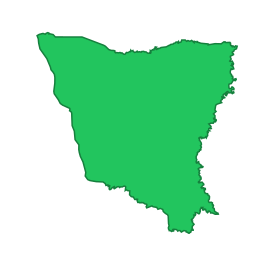 Phu Pha Man, Khon Kaen, Thailand, rotated 277°
{"feature_id": "78962969B79810553491951", "entity_name": "Phu Pha Man", "entity_type": "district", "adm_level": 2, "iso_a3": "THA", "parent_name": "Thailand", "parent_adm1": "Khon Kaen", "projection": "albers", "projection_center": [101.845, 16.731], "detail": "fine", "context": "isolated", "style": "filled", "palette": "green", "viewbox_px": 256, "rotation_deg": 277, "n_neighbors": 0, "source": "geoboundaries", "source_scale": "gbopen_adm2", "svg_char_len": 5923}
<svg xmlns="http://www.w3.org/2000/svg" viewBox="0 0 256 256"><g transform="rotate(277 128 128)"><path d="M208.6,26.5L205.5,28.1L201.4,29.0L195.8,31.0L187.0,39.0L179.1,43.5L176.4,44.5L174.4,46.7L172.3,48.4L169.1,49.3L163.7,49.9L155.4,49.9L153.0,50.6L147.6,55.4L144.1,57.8L142.7,60.4L140.4,67.7L139.7,68.1L138.0,67.9L137.2,69.5L136.0,70.3L123.5,72.3L118.4,75.1L110.0,76.9L105.3,81.3L100.6,81.8L97.6,82.7L94.0,84.2L88.8,87.5L78.8,91.5L75.1,91.4L71.9,94.3L71.2,96.6L70.9,102.9L71.4,109.8L70.1,112.2L68.3,113.1L69.0,114.9L68.7,115.9L67.9,115.3L67.5,115.5L68.1,116.9L65.2,116.7L64.6,117.3L64.9,118.3L66.7,119.5L68.2,121.5L67.8,121.8L66.2,121.5L66.1,121.9L68.4,124.6L68.7,126.0L67.9,127.0L68.7,127.7L68.8,129.5L69.9,131.2L69.8,132.2L69.3,132.9L65.7,132.9L66.5,133.7L65.8,135.1L65.8,137.4L61.9,137.7L60.3,139.6L60.1,141.8L57.9,143.4L58.1,144.9L58.5,145.4L58.4,146.2L57.1,145.9L55.3,146.8L55.5,148.2L55.1,149.0L55.7,150.3L55.4,150.9L55.8,152.0L54.8,153.9L54.6,155.8L53.7,156.2L52.1,155.6L51.0,156.3L53.6,161.3L52.9,162.4L52.7,166.2L51.0,167.6L52.1,169.9L51.4,172.4L49.4,173.2L47.8,175.5L46.8,177.7L45.7,178.6L38.0,179.9L36.0,180.7L34.1,180.2L32.7,180.5L31.7,181.4L31.2,181.4L31.2,182.8L30.6,183.8L30.9,184.4L32.1,184.7L31.3,185.4L31.3,185.8L32.2,185.9L32.9,185.4L33.1,185.8L33.1,188.6L31.7,190.0L32.4,190.7L32.5,192.2L31.2,193.6L33.0,196.0L32.8,198.2L31.9,198.4L31.7,199.9L31.0,200.7L31.1,201.6L31.6,201.7L32.1,202.9L34.4,203.4L34.5,205.1L35.3,204.9L35.8,203.9L38.2,203.8L40.5,205.3L42.3,203.3L42.9,203.0L43.5,203.4L43.9,202.5L44.8,202.1L45.2,202.3L45.2,202.9L47.4,204.2L48.5,204.4L49.6,203.9L49.7,204.7L49.4,205.3L50.2,205.7L52.3,205.0L52.3,207.1L51.5,208.4L51.7,209.3L54.0,209.9L54.7,209.4L55.2,209.8L56.2,209.5L57.1,210.4L58.0,210.3L58.2,211.7L57.4,211.1L57.6,211.7L57.2,212.1L55.9,212.0L55.6,212.5L56.8,213.8L56.3,214.2L56.7,214.9L54.3,216.1L54.3,216.5L54.8,216.4L53.6,217.2L54.0,217.7L55.1,217.8L55.5,218.5L54.9,219.7L53.7,220.4L54.0,222.0L53.0,225.1L53.5,228.1L54.5,227.6L54.6,227.0L54.0,226.3L55.1,225.9L55.7,224.2L58.6,223.3L59.3,221.9L61.5,222.3L62.1,221.9L62.0,221.1L64.0,220.9L64.5,219.7L64.0,217.7L64.8,216.9L66.2,216.7L67.3,217.4L69.8,217.3L71.0,216.4L71.2,215.5L72.5,215.0L72.4,213.6L73.1,212.1L75.2,211.3L76.0,211.6L76.2,212.3L77.4,212.1L77.5,211.4L77.0,210.7L77.8,210.4L77.9,209.8L77.1,208.7L77.8,207.8L80.3,209.3L80.8,210.1L81.5,210.1L83.3,208.1L82.2,205.1L82.6,204.5L83.5,204.6L83.8,205.6L85.7,206.0L86.2,206.8L88.1,206.4L88.1,205.6L89.3,205.3L90.1,204.1L90.8,204.1L91.8,204.7L92.6,203.8L94.7,204.4L95.2,203.0L96.2,202.7L97.2,203.9L97.9,206.6L98.6,207.2L99.1,206.7L98.4,205.2L100.0,205.2L101.3,202.8L103.2,202.2L102.7,201.3L101.5,200.7L101.6,200.2L102.9,199.7L104.9,200.2L106.1,199.4L108.0,199.1L110.6,200.1L111.9,199.8L112.2,200.4L113.0,200.5L113.4,201.6L115.0,201.7L114.9,202.7L115.2,203.0L116.7,202.7L118.0,203.2L119.3,202.1L120.3,202.9L121.9,202.6L124.0,201.1L124.4,200.4L125.9,200.5L126.1,199.7L126.9,199.7L127.4,200.2L127.3,201.1L127.9,201.5L126.5,202.6L127.6,203.4L127.2,204.2L127.7,205.5L128.8,206.3L127.8,207.0L129.3,207.4L130.1,208.0L132.3,207.6L133.4,208.2L133.8,207.8L133.0,207.5L133.8,207.1L134.8,207.6L135.2,209.4L135.9,208.4L137.2,208.2L138.0,209.2L137.3,210.0L137.6,210.7L138.4,210.1L139.7,210.2L141.9,207.7L142.9,209.7L143.2,212.1L144.7,212.7L144.8,214.1L146.4,214.7L147.1,214.4L147.1,213.4L146.5,213.2L146.8,212.5L148.1,211.8L148.3,212.3L147.7,213.2L150.9,212.8L152.4,211.1L155.2,213.4L156.1,212.3L156.9,212.1L161.3,212.3L162.6,213.6L164.6,217.9L165.8,216.7L166.8,216.9L167.9,218.1L170.1,217.5L169.8,218.4L169.2,218.8L169.9,220.4L170.3,220.3L170.6,218.6L172.5,218.4L173.4,219.1L173.8,220.3L173.5,220.6L172.5,220.6L172.2,221.8L173.2,221.9L174.6,222.8L174.7,220.6L176.3,222.1L176.4,222.7L175.9,223.2L175.2,224.9L175.8,226.1L174.8,227.3L175.9,228.8L176.8,228.4L176.1,227.4L177.1,226.0L177.7,225.9L178.7,226.6L179.0,228.4L180.2,228.3L181.4,226.8L181.4,226.1L180.2,225.8L179.8,225.3L179.5,223.9L180.2,223.3L183.0,222.8L183.9,223.0L184.7,225.1L188.2,226.7L188.1,228.9L189.4,229.5L190.1,229.1L189.2,226.9L189.6,225.5L190.7,226.0L192.1,225.6L192.3,224.5L193.3,224.4L194.9,222.9L196.7,222.6L199.1,223.1L199.3,223.6L198.8,224.2L199.6,225.8L201.5,224.9L202.7,222.8L203.3,223.5L204.3,223.4L204.2,223.8L203.3,223.9L203.2,224.4L203.6,224.8L204.7,224.9L207.1,223.3L206.5,221.3L206.8,220.8L209.0,222.0L210.9,220.9L211.7,220.9L213.7,223.8L214.4,223.6L215.3,222.3L216.1,222.3L217.0,223.6L218.6,224.0L219.8,226.0L222.5,226.4L222.6,224.6L221.5,224.2L221.2,223.7L222.3,222.2L222.1,221.5L221.6,221.4L222.5,220.6L222.5,219.9L224.1,219.2L224.7,219.5L225.4,218.7L224.8,215.2L224.8,214.0L225.3,213.9L225.2,212.7L222.9,210.2L222.3,204.1L220.4,197.8L220.9,198.0L221.2,197.3L221.0,190.1L221.6,187.2L222.2,186.2L221.6,186.1L222.1,183.2L220.8,183.2L222.7,180.5L221.6,178.9L222.1,176.8L221.2,175.7L222.3,174.1L221.9,170.6L220.0,170.3L219.3,169.3L219.3,168.5L218.3,167.8L218.4,167.4L219.1,167.7L220.0,167.5L218.9,166.7L219.3,166.1L219.1,165.1L218.0,164.4L217.7,163.2L216.9,162.7L216.0,159.9L215.2,159.4L215.0,158.6L213.2,156.1L211.9,150.9L211.0,150.0L210.9,148.9L210.3,148.3L210.4,147.6L209.4,147.0L209.4,146.4L210.9,145.8L211.7,146.4L211.8,145.2L210.5,145.2L210.5,144.7L209.8,144.2L208.8,144.3L208.5,143.3L208.7,142.8L207.6,141.8L207.7,140.7L206.3,141.3L206.3,140.7L205.7,140.5L205.4,140.8L205.5,141.4L204.9,141.3L204.7,138.3L205.7,136.7L205.6,134.9L206.0,134.3L205.5,132.0L204.8,131.8L205.1,129.9L204.5,128.6L205.4,127.7L204.5,127.0L203.8,125.3L204.8,123.7L205.5,123.4L205.0,122.7L204.9,121.8L205.5,121.3L204.1,121.1L204.2,120.6L202.8,118.8L202.8,117.2L200.8,116.0L200.7,114.8L201.9,112.8L201.4,112.1L202.0,110.9L201.4,109.4L201.5,107.4L201.1,106.6L201.9,105.6L202.8,105.7L203.2,104.6L203.0,101.8L203.5,99.4L206.4,95.6L207.2,93.7L212.7,71.3L209.5,44.8L211.6,42.3L212.0,38.5L211.8,38.2L212.5,38.1L212.9,36.8L212.0,35.2L211.0,34.5L211.5,32.1L210.1,28.5L208.6,26.5Z" fill="#22c55e" stroke="#15803d" stroke-width="1.5"/></g></svg>